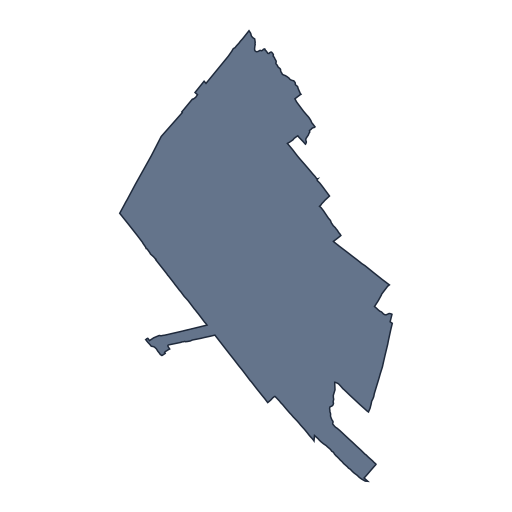 the district of Stiubieni, Botosani, Romania
{"feature_id": "2599482B57702858743031", "entity_name": "Stiubieni", "entity_type": "district", "adm_level": 2, "iso_a3": "ROU", "parent_name": "Romania", "parent_adm1": "Botosani", "projection": "albers", "projection_center": [26.776, 47.985], "detail": "fine", "context": "isolated", "style": "filled", "palette": "slate", "viewbox_px": 512, "rotation_deg": 0, "n_neighbors": 0, "source": "geoboundaries", "source_scale": "gbopen_adm2", "svg_char_len": 5991}
<svg xmlns="http://www.w3.org/2000/svg" viewBox="0 0 512 512"><path d="M367.8,481.3L364.1,478.0L366.9,474.9L371.8,469.2L376.0,464.4L375.8,463.9L374.0,462.4L372.6,460.9L368.3,457.1L366.0,454.8L365.0,454.2L361.1,450.3L356.6,446.2L352.3,442.1L349.4,439.5L345.1,435.5L339.9,430.6L337.2,428.3L335.6,427.3L334.4,426.1L333.7,425.2L332.8,424.2L332.7,423.1L333.1,422.0L332.8,421.1L331.8,419.7L330.8,417.1L330.6,416.5L330.5,415.7L330.6,414.6L330.5,413.4L330.0,412.0L329.8,411.1L329.9,410.3L329.6,408.9L329.7,408.0L329.8,407.1L330.6,406.6L332.1,405.9L332.7,405.4L333.2,404.4L333.5,403.4L333.4,402.8L333.1,402.1L333.4,400.5L333.7,399.2L333.4,397.7L333.3,395.4L335.0,389.8L334.8,385.1L334.7,382.3L335.6,382.4L338.0,383.5L339.0,384.3L340.5,385.9L343.0,388.8L344.0,389.6L349.5,394.9L359.7,404.4L367.3,411.2L368.5,412.0L368.9,410.9L369.4,409.9L369.5,409.4L369.9,408.8L370.4,407.0L370.5,406.4L371.0,404.7L371.5,402.1L371.8,400.9L372.7,399.2L373.7,396.8L374.1,394.8L374.2,394.0L376.5,386.4L378.8,378.9L380.3,373.6L382.4,367.0L383.5,362.0L385.2,354.6L387.7,344.3L388.4,340.6L390.8,329.5L392.3,323.3L390.1,321.8L392.0,314.3L391.2,313.9L390.1,313.6L389.1,313.5L386.2,314.8L385.2,314.8L384.2,314.4L383.4,313.9L381.8,312.2L380.9,311.6L379.8,311.2L377.8,309.5L376.7,308.4L374.5,306.5L378.2,300.8L381.4,295.0L381.6,294.2L387.7,286.2L389.4,284.9L382.1,279.4L372.3,271.6L364.9,265.6L361.8,263.6L356.7,259.5L352.6,256.4L347.6,252.5L339.3,246.2L333.9,241.9L333.4,241.4L339.1,237.0L340.9,235.5L339.9,233.9L338.8,232.7L338.1,231.6L337.6,230.7L337.2,230.1L336.2,229.0L335.3,227.7L334.4,226.8L333.2,225.7L332.4,224.4L332.1,223.9L331.7,223.5L331.4,223.0L331.1,222.3L330.7,221.1L330.3,220.3L328.3,218.0L323.5,210.8L321.1,207.7L319.5,206.3L321.1,204.8L321.5,204.0L322.5,202.9L323.7,201.7L324.7,200.5L329.5,196.0L322.3,186.3L319.8,183.1L317.4,180.7L317.1,180.1L317.1,179.6L317.8,178.8L317.5,178.9L317.0,178.8L316.5,178.4L316.1,177.9L315.1,176.5L313.0,174.2L307.1,167.2L300.3,159.4L297.2,155.7L294.3,151.9L292.4,149.4L288.6,144.9L287.4,143.4L289.4,142.3L292.9,139.9L294.2,138.3L296.4,136.7L297.8,135.8L298.8,137.1L303.3,141.8L305.4,144.2L305.7,143.9L306.3,142.4L306.3,141.9L306.3,141.5L305.9,140.7L305.8,139.5L306.0,138.5L308.4,134.9L308.9,133.4L309.7,132.3L309.7,131.5L309.4,130.8L310.0,130.1L310.9,129.5L311.3,129.1L311.7,128.5L312.0,128.4L312.5,128.0L313.2,127.7L314.2,127.5L314.8,127.2L315.0,126.7L314.5,126.2L312.7,123.8L312.4,123.6L311.6,122.4L310.9,120.6L309.2,117.9L308.1,116.5L306.8,115.1L303.4,111.1L296.7,102.1L294.9,98.8L300.1,94.8L301.0,94.3L300.2,93.3L299.4,91.4L298.7,89.8L298.2,88.7L297.6,86.6L297.1,86.1L295.6,84.9L295.4,84.5L295.3,84.2L295.3,83.2L295.2,82.8L294.9,82.2L294.2,81.4L294.0,81.0L293.7,80.8L291.7,80.3L290.2,79.5L289.8,79.2L289.0,78.1L286.7,76.4L285.1,75.5L283.4,74.9L282.7,74.5L282.2,74.1L282.0,73.4L281.4,72.5L281.0,71.8L280.7,71.1L280.6,70.5L280.6,69.8L280.4,69.2L280.0,68.6L278.1,67.0L277.8,66.4L277.6,66.2L277.5,65.9L277.4,65.4L276.1,63.9L275.8,63.3L275.8,63.1L276.1,62.4L276.2,61.8L276.0,60.7L275.8,60.5L275.2,59.3L274.7,58.6L274.6,58.1L274.1,57.1L273.9,56.9L273.5,56.7L273.3,56.4L273.2,56.1L273.2,55.7L273.4,55.2L273.4,54.8L273.3,54.4L272.5,53.2L271.7,52.3L271.4,52.1L271.1,52.1L270.8,52.1L269.5,52.8L269.0,53.5L267.9,53.4L267.6,53.1L266.9,51.9L266.4,51.5L266.0,50.7L265.0,50.0L265.0,49.9L265.1,49.5L265.0,49.2L264.8,49.0L264.5,48.9L263.8,49.1L263.3,49.4L263.1,49.6L262.9,49.9L262.4,50.4L262.0,50.6L261.7,50.7L261.3,50.7L260.4,50.4L260.0,50.4L259.7,50.5L258.0,51.5L256.9,51.7L256.3,51.7L255.9,51.5L255.1,50.9L254.8,50.5L254.7,50.0L254.6,49.0L254.6,48.5L254.9,45.9L255.2,44.5L255.0,43.5L255.2,42.3L255.1,41.7L254.7,38.9L254.4,38.7L253.7,38.3L252.9,37.7L252.3,37.1L251.6,36.3L251.2,35.4L250.9,34.0L250.5,33.0L249.0,30.7L243.7,37.4L242.5,38.9L240.3,41.3L239.0,43.1L236.5,45.8L235.0,47.7L233.5,48.5L233.1,48.9L231.8,51.2L228.3,56.2L206.0,83.4L204.1,81.2L195.0,92.5L197.5,94.7L195.7,97.3L193.0,99.3L192.4,99.1L181.8,111.9L182.3,112.6L161.2,136.5L151.4,155.6L135.2,184.6L127.2,199.6L125.5,202.5L124.7,204.1L119.7,213.3L127.7,223.3L137.3,235.5L142.6,242.5L143.0,243.4L145.4,246.8L145.8,247.7L146.2,248.6L146.5,248.6L146.9,248.8L147.5,249.5L149.6,252.4L150.5,254.0L150.9,254.4L153.5,256.7L155.1,258.5L155.7,258.9L156.0,259.4L155.7,259.7L166.8,273.8L167.7,275.2L168.4,275.9L174.0,283.1L174.9,284.4L177.6,287.8L179.4,290.2L180.9,291.9L184.2,296.4L188.0,300.5L194.3,308.9L195.4,310.1L196.5,311.6L198.3,313.8L204.7,322.3L205.8,323.4L207.0,325.1L179.9,331.7L166.3,334.8L164.7,335.2L162.9,335.4L161.1,335.8L160.7,335.8L159.8,335.5L158.9,335.6L153.7,337.8L149.5,340.6L149.2,340.1L147.9,338.4L147.7,338.3L146.7,338.8L145.7,339.7L146.4,340.4L146.7,341.0L146.9,341.1L148.0,342.5L150.0,344.6L150.9,345.9L151.9,346.4L153.0,346.5L154.5,347.1L156.4,348.9L157.8,351.2L159.2,352.9L160.3,354.5L161.8,355.5L162.2,355.4L165.2,353.4L164.6,352.4L165.5,351.5L168.2,349.8L169.7,349.0L168.8,347.7L168.0,346.4L167.9,345.9L167.9,345.5L168.1,345.2L168.6,344.9L180.8,342.4L182.0,341.9L183.7,341.7L184.8,341.4L185.4,341.7L185.7,341.7L187.5,341.5L190.2,341.0L192.4,340.0L200.6,338.4L204.3,337.5L209.5,336.4L214.9,335.1L229.5,353.9L233.7,359.2L238.6,365.6L242.6,370.5L250.2,380.6L251.1,381.5L251.9,382.5L256.6,388.6L261.8,395.1L264.6,398.5L267.7,402.6L269.2,401.4L270.9,399.9L272.7,397.9L274.1,396.8L274.6,396.5L274.9,396.4L275.1,396.5L276.5,397.9L279.7,401.3L280.7,402.7L282.6,404.6L286.0,408.7L289.8,413.1L291.1,414.4L293.4,417.1L296.9,420.7L299.0,423.1L300.6,425.1L304.5,429.4L308.1,433.8L308.3,434.2L309.9,436.1L312.3,438.7L313.6,440.3L314.0,440.9L314.5,435.5L318.3,438.9L319.0,439.8L320.7,441.5L323.5,443.8L326.2,445.6L327.3,446.7L330.0,449.0L330.9,450.0L331.7,451.2L333.1,452.0L333.9,453.0L334.5,454.1L335.5,455.2L336.1,455.9L336.9,456.5L337.9,457.5L339.3,458.9L339.7,459.5L342.2,461.8L343.6,463.5L347.4,466.8L348.5,468.1L350.2,469.2L350.7,469.7L351.4,470.4L351.8,470.9L353.7,472.7L355.0,473.7L356.0,474.4L357.3,475.4L359.2,477.3L361.5,479.0L365.2,481.1L367.8,481.3Z" fill="#64748b" stroke="#1e293b" stroke-width="1.5"/></svg>